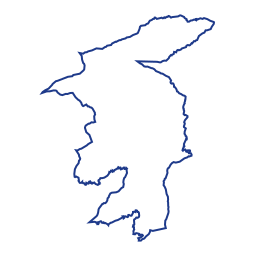 Primavera do Leste, Mato Grosso, Brazil
{"feature_id": "56859067B43692154128768", "entity_name": "Primavera do Leste", "entity_type": "district", "adm_level": 2, "iso_a3": "BRA", "parent_name": "Brazil", "parent_adm1": "Mato Grosso", "projection": "natural_earth1", "projection_center": [-54.218, -15.14], "detail": "fine", "context": "isolated", "style": "outline", "palette": "blue", "viewbox_px": 256, "rotation_deg": 0, "n_neighbors": 0, "source": "geoboundaries", "source_scale": "gbopen_adm2", "svg_char_len": 5814}
<svg xmlns="http://www.w3.org/2000/svg" viewBox="0 0 256 256"><path d="M74.3,173.9L74.6,176.8L75.1,177.1L76.1,176.5L78.5,177.7L78.9,180.3L78.5,180.8L79.7,182.8L81.1,182.9L82.2,181.8L82.2,182.5L83.1,183.2L83.9,183.1L85.3,184.8L85.9,184.8L86.3,184.0L86.3,182.7L86.9,182.8L87.3,183.5L88.5,183.6L89.0,182.7L89.1,181.7L90.0,181.4L90.2,182.9L90.8,183.1L91.2,182.4L92.1,182.7L92.3,183.5L94.2,182.5L95.6,184.0L97.8,184.9L99.6,183.8L99.0,183.3L99.6,182.5L98.6,181.5L98.4,180.6L98.6,180.1L99.6,179.6L100.4,178.1L102.4,178.1L104.4,177.6L107.4,175.7L108.9,173.7L109.3,172.0L110.0,172.3L110.6,171.7L110.9,170.7L111.8,170.8L112.5,171.8L113.0,171.5L112.9,170.6L113.8,171.2L114.6,169.9L115.6,169.7L116.5,168.8L117.4,168.7L118.3,167.1L118.8,167.4L118.8,168.3L120.5,167.6L120.8,168.1L120.4,168.8L120.8,169.4L122.2,168.9L123.6,167.6L124.3,167.6L124.0,168.4L124.6,169.0L126.0,168.9L126.4,168.1L127.0,168.7L126.5,169.4L127.0,173.0L125.1,177.2L124.2,178.0L123.6,180.0L123.3,182.3L123.8,184.0L123.2,187.1L121.4,188.1L118.6,191.3L116.2,192.3L111.8,192.7L110.3,193.5L108.9,196.2L108.7,197.3L107.6,198.3L107.3,200.5L106.3,202.2L105.4,203.1L103.8,203.1L103.2,203.8L102.4,203.9L99.1,208.3L98.6,209.3L98.1,212.7L97.4,214.9L96.6,216.1L89.4,222.3L94.6,221.8L95.9,222.2L96.3,222.8L97.3,222.4L97.8,223.2L97.5,224.1L98.3,224.1L98.7,223.4L98.4,222.2L100.9,221.2L101.6,221.8L101.7,222.6L103.2,223.0L103.7,222.4L104.7,223.2L105.3,223.0L107.5,224.2L108.3,225.1L108.4,224.4L110.8,222.7L111.5,222.7L115.4,220.7L117.9,220.0L122.8,217.3L123.8,217.2L123.8,218.2L124.2,217.9L124.5,216.7L125.3,216.3L127.5,217.1L128.0,216.8L128.3,215.0L129.0,214.9L130.5,215.7L131.5,215.7L133.0,212.9L133.0,211.9L134.2,211.7L135.4,212.1L135.7,210.3L136.3,210.3L137.1,210.7L137.6,212.0L138.4,212.0L138.9,212.8L139.2,215.5L139.0,216.8L137.7,217.8L136.8,217.5L136.2,217.6L135.5,218.7L134.2,219.5L134.0,220.1L134.3,224.3L133.9,225.1L133.3,225.1L132.9,226.8L134.0,227.2L133.9,228.8L134.2,229.4L133.4,231.1L133.6,232.6L133.4,234.1L135.0,234.3L136.0,233.2L136.6,233.2L139.0,233.8L139.1,235.3L140.0,235.4L140.7,234.6L142.4,234.8L142.9,235.5L142.3,236.3L140.5,237.6L138.2,238.2L139.0,239.7L138.8,240.6L140.9,240.6L142.4,239.1L143.8,238.8L144.8,237.9L145.9,236.5L148.8,234.1L149.9,232.0L150.2,230.2L152.8,230.9L165.8,228.1L165.0,224.7L165.3,220.6L166.3,219.1L168.4,212.9L168.6,211.2L168.2,209.1L168.5,206.9L168.2,206.2L168.1,202.1L167.8,201.5L168.1,199.6L167.9,196.7L166.6,194.0L165.8,189.3L164.7,186.8L163.6,185.2L163.9,182.4L163.6,181.2L164.6,179.8L164.8,178.7L165.6,178.3L167.5,172.9L167.2,170.9L167.5,169.1L168.3,168.0L169.0,167.7L170.6,164.7L172.0,163.1L173.6,162.1L175.8,162.6L179.7,161.7L184.5,158.3L187.2,157.4L188.6,156.3L189.2,156.5L191.5,155.7L191.6,154.6L190.9,153.3L188.9,153.2L188.6,152.6L190.1,151.2L190.0,150.5L189.4,150.3L187.2,150.4L186.9,151.8L186.3,151.7L185.1,149.5L183.3,150.1L182.9,150.7L182.5,150.3L183.0,148.4L184.3,146.4L183.8,146.0L184.2,145.4L183.9,144.1L185.8,139.8L186.3,139.7L186.2,138.7L186.8,138.7L186.6,137.0L186.2,136.2L185.6,136.0L185.1,134.4L184.5,133.8L184.7,131.5L185.8,128.4L184.0,127.1L183.9,126.3L184.8,123.8L184.7,123.1L184.2,122.5L184.3,121.7L185.1,120.0L187.5,117.2L187.5,116.1L185.5,114.9L184.6,115.1L183.6,114.0L184.2,111.1L184.0,110.1L183.6,109.8L183.7,108.5L183.2,108.0L183.3,106.4L184.1,104.2L184.7,103.5L184.5,102.6L185.2,100.7L185.0,100.1L185.4,99.4L185.6,96.6L184.5,95.7L183.1,95.4L181.0,94.0L179.2,93.3L177.8,91.6L177.0,91.4L176.5,89.4L175.1,87.3L174.0,86.8L174.0,85.3L173.3,83.6L172.7,83.3L171.5,83.6L170.9,83.2L170.5,82.1L171.1,80.5L168.9,77.1L165.9,75.8L162.6,73.7L160.5,73.3L160.0,72.7L156.0,71.1L154.4,69.3L152.6,68.3L151.3,68.1L147.6,66.6L145.8,66.7L144.2,66.4L141.9,64.2L140.1,63.4L137.3,61.3L157.1,61.8L160.0,62.4L160.8,62.3L162.6,61.1L164.3,60.6L166.2,60.7L168.8,58.2L169.2,57.0L170.9,55.1L171.7,55.4L172.1,54.7L173.7,54.0L174.1,51.9L176.2,52.3L176.3,51.6L177.4,50.1L178.1,49.9L178.8,50.3L180.3,49.8L181.1,49.4L181.8,48.5L186.0,47.1L186.5,45.7L187.9,45.0L189.3,45.4L190.1,45.1L191.7,43.1L192.2,43.4L194.0,41.1L195.1,41.3L195.9,40.4L197.2,40.0L198.9,36.0L202.4,33.4L204.4,32.6L205.6,30.3L207.1,30.3L210.7,29.1L211.8,26.7L213.7,24.0L214.0,22.6L213.8,22.0L210.3,20.8L207.3,19.1L204.0,18.1L202.6,18.9L200.3,18.3L197.3,19.6L196.8,18.9L196.0,19.0L196.0,20.2L194.2,19.5L192.2,20.4L190.8,20.5L189.0,21.7L187.6,21.7L187.0,20.3L186.5,20.1L186.5,19.1L184.7,18.1L184.1,17.0L180.7,15.4L179.9,15.4L178.1,16.4L172.1,17.1L171.0,17.6L169.4,16.2L168.5,16.0L167.7,16.9L167.1,16.7L165.2,17.9L164.9,17.3L164.3,17.3L163.3,18.2L162.6,18.3L161.7,17.7L156.8,18.9L155.3,17.6L154.6,17.6L154.1,18.8L152.9,19.0L151.7,20.0L149.8,20.7L148.1,23.5L146.5,24.0L145.3,25.2L141.0,25.8L140.0,26.8L139.6,28.8L137.9,32.9L136.9,33.6L133.1,35.0L130.0,36.9L126.6,37.5L125.6,38.4L121.8,39.4L120.8,40.1L119.3,40.2L116.1,41.9L115.6,41.7L112.1,43.5L111.1,45.0L107.1,45.7L106.1,46.8L104.9,47.1L102.3,48.9L96.4,48.4L92.0,50.4L88.1,51.4L86.8,52.2L84.9,52.4L83.2,53.7L79.6,53.0L81.7,55.9L82.1,59.7L83.2,63.0L84.1,63.8L84.6,65.4L84.2,69.4L83.5,70.4L79.8,73.7L73.3,75.0L72.3,76.2L67.9,76.8L57.6,80.8L55.9,81.2L52.6,84.0L52.2,84.8L48.6,88.6L45.3,90.2L42.7,92.0L42.0,93.0L46.7,91.4L49.9,91.3L53.6,90.4L55.7,90.5L56.5,90.8L57.6,92.5L60.3,94.6L62.4,95.1L65.7,93.9L67.5,94.0L70.2,93.0L72.7,92.9L75.5,97.2L78.3,99.9L79.5,100.5L81.2,102.6L81.8,104.4L82.7,105.8L83.2,106.1L86.3,104.5L87.8,106.4L88.7,106.3L90.1,107.3L91.5,107.6L92.6,108.7L94.9,112.8L94.8,113.7L95.1,114.4L94.2,116.2L94.4,119.4L95.2,121.9L93.2,122.5L91.5,122.3L89.5,123.7L88.5,123.7L85.7,125.6L85.0,127.3L85.0,128.0L86.3,132.2L89.4,134.9L92.0,141.9L88.2,144.1L86.8,145.4L81.3,148.7L79.9,149.0L77.4,150.5L76.1,150.3L78.9,154.6L79.1,156.1L80.2,158.5L80.0,159.5L79.0,160.7L78.6,163.2L76.5,165.9L74.9,169.2L74.3,173.9ZM123.8,217.2L122.9,216.3L123.5,216.2L123.8,217.2Z" fill="none" stroke="#1e3a8a" stroke-width="2"/></svg>